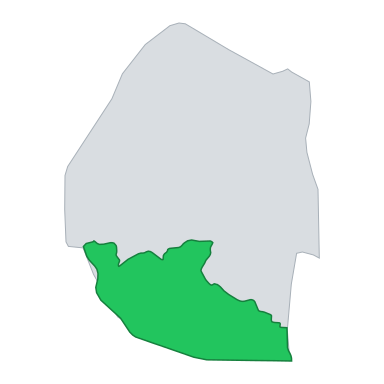 Shiselweni on a map of eSwatini (Mercator projection)
{"feature_id": "SWZ-537", "entity_name": "Shiselweni", "entity_type": "District", "adm_level": 1, "iso_a3": "SWZ", "parent_name": "eSwatini", "parent_adm1": "", "projection": "mercator", "projection_center": [31.425, -27.036], "detail": "fine", "context": "in_parent", "style": "filled", "palette": "green", "viewbox_px": 384, "rotation_deg": 0, "n_neighbors": 0, "source": "natural_earth", "source_scale": "10m", "svg_char_len": 2412}
<svg xmlns="http://www.w3.org/2000/svg" viewBox="0 0 384 384"><path d="M287.7,68.9L291.6,72.0L309.3,81.9L310.9,101.5L309.2,123.9L305.6,138.1L306.9,152.3L312.6,174.3L318.0,189.4L319.3,258.1L313.3,254.9L302.4,252.0L296.6,253.3L291.3,284.2L287.3,330.1L289.7,358.7L248.2,359.6L195.7,356.5L158.1,344.1L117.7,316.9L93.6,274.5L83.1,247.9L68.4,246.4L66.0,241.9L64.7,209.5L65.0,175.5L67.7,166.5L95.0,124.7L111.9,98.8L122.4,73.8L145.3,44.5L169.9,25.7L179.0,23.0L185.3,23.8L228.6,49.6L273.0,74.0L282.6,71.3L287.7,68.9Z" fill="#d9dde1" stroke="#a8b0b8" stroke-width="1"/><path d="M152.5,342.9L135.7,337.0L132.8,335.1L129.8,332.1L120.6,318.2L100.9,300.2L96.6,292.7L95.8,287.4L97.8,278.9L98.0,273.5L96.9,269.2L94.8,266.1L89.3,260.2L86.8,256.3L83.4,246.5L86.2,243.5L92.6,241.9L93.5,241.5L93.7,241.0L94.2,241.0L95.0,241.6L97.1,243.4L99.3,244.4L103.7,244.2L110.4,242.7L112.1,242.7L113.9,243.1L115.5,244.8L116.2,245.8L116.5,247.0L116.7,250.2L116.7,252.0L116.4,253.4L116.1,254.4L116.2,255.3L116.7,256.3L119.4,259.9L119.6,260.7L119.4,261.5L118.6,263.5L118.4,264.7L118.4,265.7L118.7,266.3L119.5,266.1L128.1,259.3L138.4,253.8L140.9,253.1L143.1,253.1L144.7,252.7L146.4,251.8L148.3,251.2L150.5,251.6L152.5,252.8L161.2,259.4L162.5,259.7L163.1,259.5L163.3,256.6L163.4,255.6L163.9,254.7L164.6,253.7L166.5,252.3L167.1,251.4L167.6,250.5L167.7,249.6L168.4,249.0L169.7,248.4L178.7,247.5L180.5,246.8L182.1,245.3L183.2,243.9L184.5,242.8L187.6,240.8L191.6,240.0L199.3,241.4L210.4,241.0L211.8,241.7L212.8,242.7L212.2,244.1L210.6,247.0L210.3,248.6L210.3,250.2L210.7,252.7L210.3,254.4L209.4,256.1L205.9,260.3L204.6,263.2L202.2,267.1L201.5,268.5L200.9,270.4L201.5,271.9L205.4,279.2L206.5,280.7L209.0,283.5L210.3,284.6L211.4,285.1L212.6,284.8L213.6,284.1L214.6,283.8L216.0,284.3L217.2,284.5L218.7,285.5L220.6,287.1L224.0,290.9L228.7,294.5L237.3,299.8L239.1,300.6L240.8,301.2L242.7,301.4L244.6,301.2L250.2,299.7L251.8,299.7L253.6,300.4L254.8,301.7L258.3,310.2L259.3,311.1L260.8,311.5L262.6,311.7L264.5,312.2L270.6,314.7L271.2,315.2L271.5,315.8L271.3,319.6L271.4,320.5L271.8,321.7L273.1,322.2L274.7,322.5L278.1,322.7L279.6,322.9L280.1,323.4L280.2,324.4L280.0,325.5L279.9,326.8L280.5,327.2L281.3,327.4L286.9,327.7L287.1,331.8L287.5,347.8L288.6,351.0L289.9,353.3L290.9,355.6L291.5,358.1L291.6,361.0L274.3,360.7L255.9,360.5L227.9,360.1L206.7,359.8L193.8,357.2L174.0,350.3L159.3,345.2L152.5,342.9Z" fill="#22c55e" stroke="#15803d" stroke-width="1.5"/></svg>